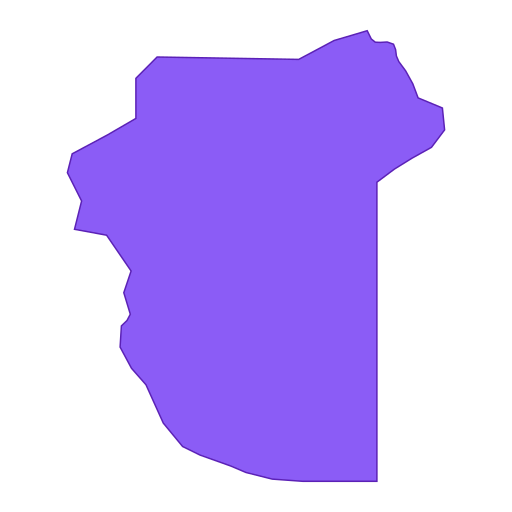 the District of Masaka
{"feature_id": "UGA-3362", "entity_name": "Masaka", "entity_type": "District", "adm_level": 1, "iso_a3": "UGA", "parent_name": "Uganda", "parent_adm1": "", "projection": "orthographic", "projection_center": [31.848, -0.502], "detail": "fine", "context": "isolated", "style": "filled", "palette": "violet", "viewbox_px": 512, "rotation_deg": 0, "n_neighbors": 0, "source": "natural_earth", "source_scale": "10m", "svg_char_len": 664}
<svg xmlns="http://www.w3.org/2000/svg" viewBox="0 0 512 512"><path d="M302.7,481.3L272.2,479.1L246.0,472.5L230.7,466.0L200.1,455.1L182.6,446.5L163.3,423.1L146.0,384.8L131.5,368.3L120.1,347.1L121.4,325.9L127.0,320.5L130.3,314.2L123.8,292.7L131.1,271.0L106.6,235.2L74.5,229.3L81.6,201.0L67.4,172.7L72.2,153.8L107.5,134.9L135.9,118.4L135.9,78.3L157.1,57.0L298.7,59.4L334.1,40.5L367.2,30.7L371.3,39.0L375.3,42.2L380.2,42.4L387.2,42.0L393.5,44.2L395.6,49.6L396.4,56.0L398.8,61.6L405.6,70.8L412.8,83.8L418.1,97.9L442.4,108.0L444.6,129.9L431.5,147.3L411.8,158.3L394.4,169.1L376.9,182.2L376.9,481.3L302.7,481.3Z" fill="#8b5cf6" stroke="#5b21b6" stroke-width="1.5"/></svg>